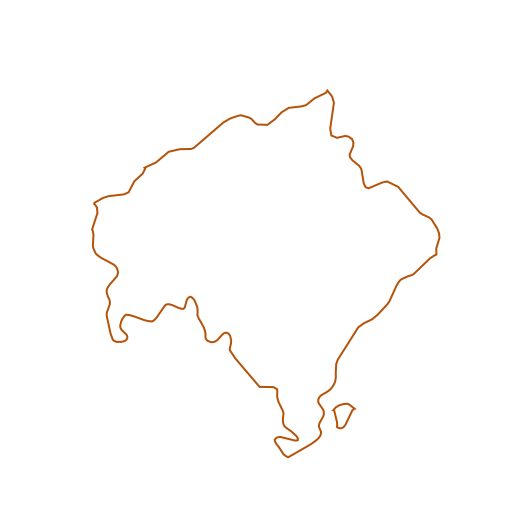 an SVG outline of Arezzo, rotated 109°
{"feature_id": "ITA-5387", "entity_name": "Arezzo", "entity_type": "Province", "adm_level": 1, "iso_a3": "ITA", "parent_name": "Italy", "parent_adm1": "", "projection": "natural_earth1", "projection_center": [12.009, 43.52], "detail": "fine", "context": "isolated", "style": "outline", "palette": "amber", "viewbox_px": 512, "rotation_deg": 109, "n_neighbors": 0, "source": "natural_earth", "source_scale": "10m", "svg_char_len": 3357}
<svg xmlns="http://www.w3.org/2000/svg" viewBox="0 0 512 512"><g transform="rotate(109 256 256)"><path d="M208.9,390.2L200.0,380.9L185.9,372.5L179.8,362.8L175.9,352.2L174.1,350.0L140.5,330.4L134.4,325.2L129.3,318.6L127.8,315.9L127.4,307.6L127.9,304.9L130.5,300.1L131.2,297.5L128.3,288.0L120.7,282.7L111.8,278.6L105.2,273.2L99.9,262.0L97.0,257.7L88.1,252.2L78.9,243.0L76.3,242.4L80.4,236.0L85.8,232.2L111.4,227.3L117.5,224.0L117.9,217.9L113.3,210.5L113.0,207.2L114.3,203.1L117.1,200.8L120.5,199.9L129.7,200.5L132.1,199.1L134.2,195.8L137.0,188.2L138.4,186.0L140.0,184.4L152.2,177.8L155.2,174.9L155.4,171.7L145.5,160.7L142.8,156.2L144.4,144.0L161.7,115.2L162.5,112.0L163.2,105.0L164.3,101.9L171.0,93.6L175.1,90.2L179.2,88.4L190.2,88.0L195.9,85.9L197.5,87.6L201.9,90.9L221.5,100.9L223.2,102.3L226.1,106.2L230.6,110.9L232.0,111.8L234.5,112.7L238.2,113.5L255.4,115.1L258.9,116.1L271.6,121.7L277.9,125.5L284.7,132.3L290.2,136.1L327.3,144.9L331.9,145.0L340.1,142.7L344.8,141.0L348.8,140.3L350.9,140.4L354.8,141.1L358.4,142.5L361.1,144.4L366.0,148.6L367.5,149.6L369.3,150.2L371.2,150.4L372.9,150.0L374.3,149.2L375.4,148.0L379.2,142.8L380.4,141.7L381.9,140.9L383.6,140.3L385.5,140.2L393.5,141.6L395.4,141.4L397.0,140.9L400.6,137.6L402.2,136.9L404.0,136.7L406.0,136.9L407.7,137.5L408.8,138.1L410.8,139.1L416.2,142.9L435.7,159.9L435.6,162.1L434.5,165.4L429.2,172.2L426.9,175.8L424.8,178.0L423.4,178.5L421.2,177.4L420.1,176.0L419.2,174.3L417.8,159.2L417.3,157.6L416.5,156.5L414.9,157.0L413.0,159.3L410.4,165.4L408.5,171.8L407.6,173.8L405.8,175.5L402.2,177.3L395.4,178.9L393.4,180.5L386.8,187.1L384.1,189.0L381.8,190.3L376.6,191.9L375.2,192.7L374.6,195.0L374.3,197.0L378.6,210.0L359.5,242.3L353.4,250.3L351.5,250.7L346.7,251.2L343.9,252.0L339.9,254.5L338.4,256.6L338.0,258.5L338.6,260.1L339.7,261.3L341.1,262.2L347.8,265.0L350.4,267.0L351.4,268.6L352.1,270.5L352.0,274.1L351.1,275.9L349.7,277.2L346.2,278.3L343.7,279.7L340.6,282.0L333.1,290.4L331.0,292.2L329.2,292.6L326.4,293.5L323.4,294.9L317.9,299.7L316.2,302.6L315.8,304.7L316.8,305.9L318.3,306.7L320.2,307.1L327.9,306.6L329.5,307.3L330.1,309.0L330.3,311.8L329.7,319.4L329.8,321.8L330.2,323.5L331.0,324.9L332.2,325.9L347.2,330.1L350.3,331.7L351.6,332.8L352.5,335.9L353.0,340.7L352.8,351.7L353.1,356.7L353.9,359.9L355.4,360.8L359.0,361.9L361.0,362.1L365.1,361.9L366.9,361.4L368.3,360.6L369.3,359.4L370.2,358.0L372.3,353.3L373.3,352.0L374.6,351.2L376.3,351.0L377.9,351.5L379.6,353.0L381.0,355.3L382.6,359.8L382.5,362.3L381.8,364.1L376.8,368.2L361.3,377.6L359.8,378.2L358.0,378.6L349.5,378.5L347.7,378.9L346.1,379.7L344.8,380.6L342.4,382.9L339.7,384.9L338.1,385.7L336.5,386.1L334.5,386.0L330.7,385.1L320.5,380.9L318.3,380.9L315.9,381.3L312.8,383.5L311.4,385.4L310.5,387.4L308.2,401.6L307.3,404.7L306.5,407.0L305.5,408.7L302.3,411.7L300.6,413.0L299.3,413.6L288.8,416.6L285.5,418.4L284.2,419.6L267.0,419.9L262.0,422.1L260.3,424.2L259.5,425.9L258.3,426.1L250.9,419.6L247.3,414.7L240.7,400.8L237.2,397.2L225.0,395.4L215.1,390.0L209.6,389.2L208.9,390.2ZM368.3,113.1L368.5,113.4L370.8,114.7L386.7,116.5L389.1,117.4L390.2,118.2L390.6,118.6L391.0,119.2L391.3,119.8L391.5,120.5L391.7,122.1L391.6,122.9L391.4,123.6L391.1,123.9L390.8,124.0L389.6,124.1L386.7,125.3L377.2,131.4L376.4,132.3L376.5,132.6L373.0,131.2L370.0,128.6L367.6,125.2L365.8,121.2L366.2,119.1L368.3,113.1Z" fill="none" stroke="#b45309" stroke-width="2"/></g></svg>